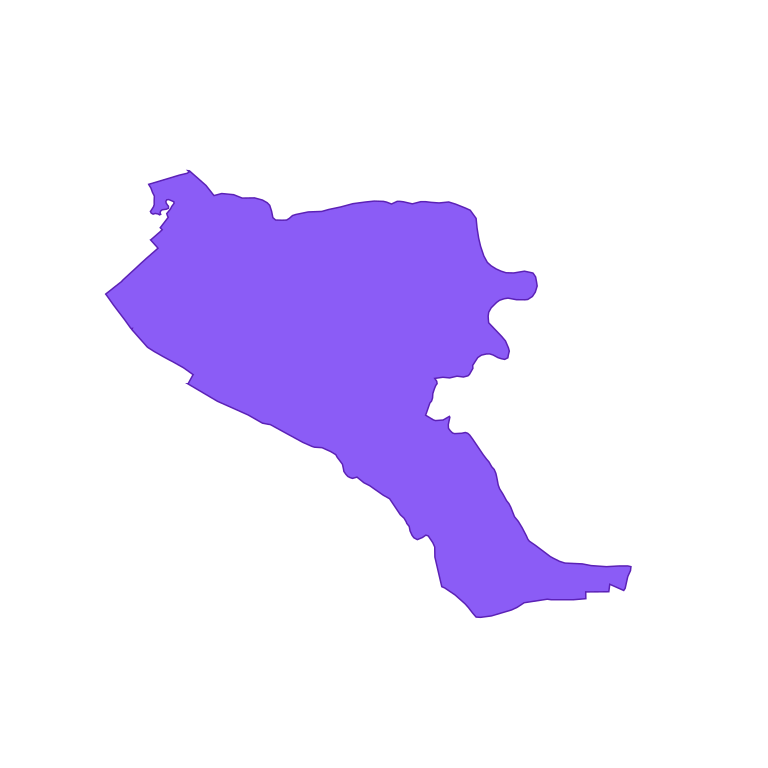 Banjul North, Banjul, Gambia (Mercator projection), rotated 198°
{"feature_id": "56634734B93236052329958", "entity_name": "Banjul North", "entity_type": "district", "adm_level": 2, "iso_a3": "GMB", "parent_name": "Gambia", "parent_adm1": "Banjul", "projection": "mercator", "projection_center": [-16.6, 13.458], "detail": "fine", "context": "isolated", "style": "filled", "palette": "violet", "viewbox_px": 768, "rotation_deg": 198, "n_neighbors": 0, "source": "geoboundaries", "source_scale": "gbopen_adm2", "svg_char_len": 4124}
<svg xmlns="http://www.w3.org/2000/svg" viewBox="0 0 768 768"><g transform="rotate(198 384 384)"><path d="M570.7,323.6L567.2,322.8L537.1,316.1L506.8,312.9L503.8,312.6L487.5,309.2L481.1,310.0L479.7,310.3L463.4,307.2L443.1,303.4L433.2,302.4L430.7,302.4L423.2,304.3L417.8,303.7L414.0,303.3L408.0,301.9L405.8,299.8L402.6,297.6L398.7,294.8L396.6,291.2L395.1,288.4L392.3,286.3L389.8,284.9L387.3,284.5L384.8,284.5L380.9,287.1L372.7,283.9L366.3,282.9L359.5,280.8L350.3,278.0L343.2,276.6L328.1,264.7L323.5,262.6L320.3,259.8L319.2,258.4L316.0,256.3L313.8,252.3L310.6,248.8L308.1,247.0L304.2,246.3L300.0,249.9L297.5,253.2L295.0,253.2L288.6,248.2L285.4,244.7L282.1,235.1L270.3,215.5L266.4,209.1L263.2,208.8L251.1,205.3L239.0,200.0L234.7,197.5L229.0,193.6L224.4,190.8L220.1,191.9L210.2,196.6L192.9,208.5L188.3,212.8L183.1,219.3L162.2,229.8L158.3,230.5L137.1,237.4L125.7,242.2L127.9,248.6L106.0,255.9L107.4,263.3L92.2,261.7L91.5,264.2L92.6,275.6L92.6,276.7L91.9,282.7L92.7,286.6L95.9,286.3L104.7,283.4L116.0,279.0L130.9,275.3L139.8,274.2L156.6,269.6L162.3,269.6L169.0,270.6L172.6,271.3L190.0,277.3L197.1,279.4L199.2,280.8L201.7,283.6L208.2,290.0L213.9,294.9L218.9,298.1L225.3,305.9L228.2,308.8L231.4,310.9L236.7,315.9L241.7,320.1L244.2,323.3L246.7,327.9L248.5,331.1L250.0,333.6L252.8,336.8L256.0,338.6L260.3,342.5L263.2,344.2L267.8,347.4L274.2,352.4L282.8,359.1L286.7,361.9L289.2,363.0L291.7,363.0L294.8,361.2L301.6,358.6L303.7,358.6L306.5,360.0L309.0,361.8L310.3,365.2L311.1,372.7L311.8,373.4L316.7,368.0L323.8,365.1L325.9,365.1L326.3,365.2L334.8,367.2L334.7,369.2L334.5,380.0L333.5,382.5L333.5,385.7L334.6,390.0L334.6,395.0L334.3,398.6L333.6,400.7L334.7,402.9L337.5,405.0L334.0,406.7L330.1,408.6L323.4,410.1L317.0,414.0L310.6,415.2L306.7,417.7L305.7,419.5L304.3,426.3L305.4,429.1L303.0,438.1L301.6,439.9L300.2,441.6L295.9,444.2L292.7,445.3L289.2,445.3L283.8,444.3L280.3,444.3L276.8,444.7L274.3,447.2L274.7,450.0L275.0,454.0L276.8,456.8L281.8,462.5L286.6,465.5L301.6,473.6L303.4,474.6L304.8,477.9L305.9,480.7L306.6,484.6L305.6,489.6L302.1,496.4L300.0,499.3L296.1,502.2L292.6,504.0L284.1,505.1L275.9,507.7L273.4,508.8L269.9,513.1L268.5,518.1L268.6,524.5L270.4,528.1L272.9,532.7L276.5,535.5L277.5,535.5L285.3,534.7L294.9,529.7L302.3,527.5L307.6,527.5L313.0,528.1L318.6,529.5L323.3,531.6L328.6,536.6L334.7,544.8L339.0,551.9L343.7,561.1L347.6,570.0L355.7,575.9L361.0,576.5L371.6,577.2L378.7,577.1L387.6,573.2L395.4,571.3L401.0,570.2L405.3,568.8L412.7,564.1L421.9,563.3L425.4,562.6L427.9,561.8L432.5,557.5L437.8,557.8L441.0,557.5L449.9,554.9L458.0,551.3L469.3,545.9L479.9,539.0L490.5,532.9L496.5,528.9L509.3,524.2L520.2,518.0L523.1,515.9L525.2,512.3L527.3,509.8L531.5,508.3L537.5,506.5L537.9,506.5L541.1,507.9L544.3,513.6L547.9,518.6L551.1,520.3L556.4,521.4L564.6,521.0L576.3,517.0L585.5,517.6L597.2,515.0L603.4,511.0L603.8,510.8L603.9,510.7L604.9,511.3L614.6,517.8L634.9,526.6L636.4,526.3L634.8,525.5L636.3,523.6L643.2,519.4L669.5,501.2L668.7,500.4L666.4,498.5L663.3,494.6L663.2,494.5L660.5,491.8L659.4,487.9L658.5,485.1L658.4,484.8L658.0,483.8L658.0,481.3L659.3,476.3L659.5,476.0L658.2,474.6L656.1,474.2L654.3,475.5L651.4,475.9L649.7,475.5L648.8,476.4L649.8,477.4L649.9,479.5L648.7,481.2L645.1,482.9L643.3,484.5L643.9,486.5L645.0,487.1L647.0,488.7L647.9,490.2L647.5,492.1L645.7,492.9L640.2,492.4L639.5,490.9L640.7,487.4L641.2,484.3L643.3,478.9L641.8,476.9L641.4,476.5L640.7,475.9L645.1,463.5L642.6,462.2L643.1,461.3L643.7,460.2L644.1,459.4L645.1,457.8L646.0,456.3L646.5,455.4L647.7,453.4L650.3,449.1L650.5,448.9L644.1,445.2L643.7,445.0L641.0,443.4L640.9,443.3L643.2,439.4L643.9,438.2L645.2,436.1L646.2,434.3L646.6,433.7L648.9,429.9L650.0,427.9L652.5,423.6L653.8,421.2L657.2,415.1L658.8,412.3L663.8,403.4L665.0,401.2L665.0,400.7L666.3,398.8L670.0,393.3L673.9,387.4L676.4,383.7L676.5,383.5L676.2,383.3L675.6,382.9L674.6,382.2L665.8,375.6L664.2,374.5L660.5,371.9L650.7,365.1L642.4,359.0L641.6,358.5L640.5,359.1L640.6,357.8L620.7,346.1L619.3,345.6L612.3,343.8L607.2,342.8L603.0,341.9L595.4,340.5L592.9,340.1L579.8,337.5L570.9,334.7L568.4,333.9L568.5,333.7L570.4,323.7L570.7,323.6Z" fill="#8b5cf6" stroke="#5b21b6" stroke-width="1.5"/></g></svg>